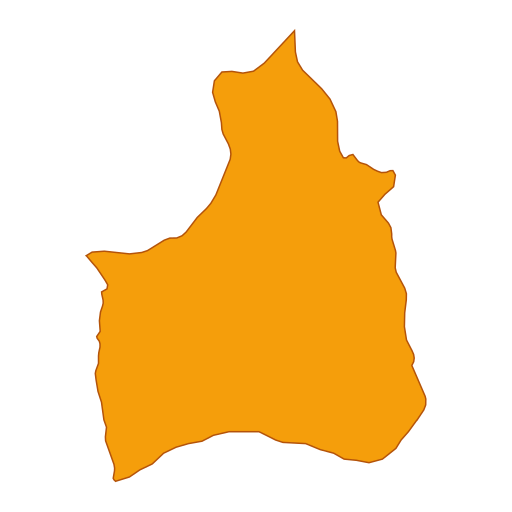 the Region of Arica y Parinacota
{"feature_id": "CHL-2694", "entity_name": "Arica y Parinacota", "entity_type": "Region", "adm_level": 1, "iso_a3": "CHL", "parent_name": "Chile", "parent_adm1": "", "projection": "robinson", "projection_center": [-69.675, -18.339], "detail": "fine", "context": "isolated", "style": "filled", "palette": "amber", "viewbox_px": 512, "rotation_deg": 0, "n_neighbors": 0, "source": "natural_earth", "source_scale": "10m", "svg_char_len": 1938}
<svg xmlns="http://www.w3.org/2000/svg" viewBox="0 0 512 512"><path d="M294.5,30.7L295.4,52.0L297.5,61.8L302.6,70.2L321.7,88.8L330.0,99.1L335.9,111.7L337.5,121.4L337.6,141.3L339.7,151.2L343.4,157.8L346.3,157.9L349.2,155.5L352.9,154.5L357.6,160.7L359.3,162.3L361.0,163.0L366.5,164.6L373.7,169.4L377.5,171.2L381.4,172.6L386.4,172.3L390.1,170.7L392.9,170.6L395.2,174.8L395.4,175.1L393.6,186.7L384.9,194.3L378.0,202.2L381.3,214.8L388.5,223.2L390.9,227.7L391.7,233.9L391.7,236.8L392.0,239.1L395.5,250.6L395.9,253.0L395.2,267.8L396.2,272.2L404.7,288.1L406.4,293.7L406.3,299.8L404.7,312.8L404.4,326.7L406.5,340.0L412.1,350.9L413.6,354.4L414.2,358.1L413.7,361.7L411.9,365.3L411.9,365.5L412.0,365.9L425.1,396.2L425.8,399.0L425.7,404.9L423.8,409.9L416.8,420.4L416.6,420.4L408.4,431.7L401.1,440.0L395.9,448.4L382.4,459.1L369.0,462.7L356.5,460.3L344.1,459.1L333.7,453.2L320.2,449.6L305.7,443.6L282.9,442.4L275.6,440.0L266.3,435.3L259.0,431.7L246.6,431.7L229.0,431.7L213.4,435.3L202.0,441.2L188.5,443.6L176.1,447.2L163.6,453.2L152.3,463.9L139.8,469.9L129.4,477.0L115.8,481.2L115.6,481.3L114.0,479.8L113.2,478.3L114.5,470.9L114.6,468.1L114.0,464.4L105.6,440.8L105.4,436.8L106.5,427.2L103.9,419.8L101.5,402.2L98.0,391.4L96.1,380.0L95.3,373.5L95.8,370.8L98.5,363.4L98.5,355.9L98.8,352.7L100.0,347.1L100.0,343.8L99.3,341.2L97.2,338.3L96.7,336.5L100.2,331.4L99.4,320.7L100.5,312.0L102.5,306.1L103.2,303.2L103.1,300.1L101.8,294.2L101.6,291.9L107.0,288.9L107.7,284.8L105.3,280.6L102.4,276.2L96.8,267.9L92.0,262.4L86.7,256.1L86.2,255.7L92.1,252.1L104.3,251.2L129.5,253.9L141.7,252.5L147.5,250.6L164.2,240.2L169.8,238.1L176.7,238.0L182.0,235.8L186.1,232.1L197.3,217.4L206.5,208.5L210.8,203.4L215.9,194.9L230.2,159.3L230.9,154.1L230.3,149.1L228.4,143.9L223.2,134.0L221.9,129.5L221.4,122.6L219.3,111.2L215.3,101.8L212.6,92.3L214.4,80.8L221.9,72.0L231.9,71.4L242.9,73.1L253.5,71.2L264.3,63.1L294.5,30.7Z" fill="#f59e0b" stroke="#b45309" stroke-width="1.5"/></svg>